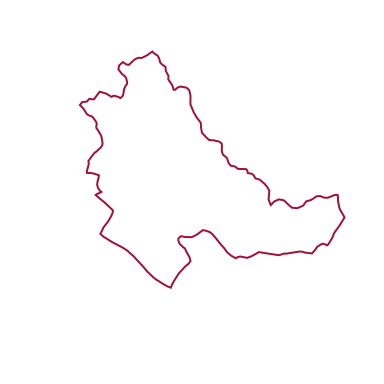 the district of Al-Amadiya, Dihok, Iraq, rotated 35°
{"feature_id": "34846034B75127748114443", "entity_name": "Al-Amadiya", "entity_type": "district", "adm_level": 2, "iso_a3": "IRQ", "parent_name": "Iraq", "parent_adm1": "Dihok", "projection": "albers", "projection_center": [43.505, 37.091], "detail": "fine", "context": "isolated", "style": "outline", "palette": "rose", "viewbox_px": 384, "rotation_deg": 35, "n_neighbors": 0, "source": "geoboundaries", "source_scale": "gbopen_adm2", "svg_char_len": 3227}
<svg xmlns="http://www.w3.org/2000/svg" viewBox="0 0 384 384"><g transform="rotate(35 192 192)"><path d="M79.0,99.7L77.8,102.8L77.0,105.2L75.5,108.3L73.7,111.3L71.6,112.4L70.5,113.6L69.0,116.4L68.3,119.5L67.8,121.9L67.4,124.0L66.3,124.6L65.0,125.2L60.9,125.2L59.7,130.1L61.2,133.6L65.1,135.0L67.0,135.4L71.2,135.8L72.8,136.6L74.5,138.0L76.2,139.6L76.8,140.8L76.8,141.8L76.7,142.7L76.8,144.1L77.4,146.7L78.8,149.6L80.1,152.6L79.9,154.7L79.4,156.3L77.4,156.3L75.5,156.9L73.5,157.5L72.2,158.6L71.6,160.2L65.3,160.6L61.7,161.8L58.9,162.7L58.7,165.5L58.6,169.2L58.6,172.2L57.1,173.3L54.5,174.5L54.0,178.2L51.8,180.2L50.4,181.6L50.4,184.1L50.3,185.1L52.1,185.3L55.4,186.1L57.4,186.9L61.3,188.5L63.2,188.5L66.0,187.7L67.1,187.5L68.8,187.9L72.0,189.1L73.5,189.7L75.1,191.1L76.0,193.3L77.0,194.4L79.6,195.4L84.2,197.4L86.1,198.6L88.7,201.2L90.7,203.3L91.7,205.3L91.7,208.5L91.0,211.0L90.6,213.4L89.8,215.5L89.6,217.1L89.6,218.1L89.4,220.4L89.4,222.4L89.4,224.0L89.4,226.1L91.3,228.1L91.9,229.7L92.5,231.1L93.3,233.6L94.3,236.0L95.0,236.6L99.5,233.8L102.6,232.7L104.0,232.3L106.2,231.7L107.5,234.4L108.7,237.8L110.3,240.7L111.4,241.5L112.5,242.3L113.4,242.9L115.6,243.7L117.7,243.9L116.4,246.5L115.4,247.8L114.8,249.7L121.5,250.4L126.4,250.7L137.7,252.4L138.8,254.2L139.6,258.1L140.2,264.3L139.8,272.4L140.2,273.9L140.6,276.4L141.0,278.9L144.9,279.4L148.0,279.2L148.9,279.1L154.8,278.9L166.3,277.4L172.2,277.1L178.3,277.9L179.9,277.9L187.6,279.6L195.5,281.3L200.9,282.8L208.4,284.0L208.5,284.0L212.7,284.3L218.1,284.0L222.6,283.8L226.6,283.3L229.1,282.6L229.4,282.5L229.5,282.5L228.5,277.8L228.1,271.6L228.0,267.6L227.9,266.0L228.5,261.8L229.1,257.1L230.4,252.4L230.4,249.4L227.1,246.7L221.9,244.3L218.6,242.3L216.6,242.3L213.0,241.8L211.1,241.3L208.7,239.6L207.5,237.9L208.1,234.9L209.5,233.9L212.4,232.7L217.6,229.2L219.5,226.0L220.9,222.8L222.7,217.1L225.8,215.6L230.1,214.6L233.1,214.9L238.6,216.3L245.3,218.3L250.3,219.5L255.4,221.2L260.7,221.7L266.0,221.2L266.8,218.9L268.8,217.0L272.3,215.5L275.1,214.2L278.0,209.8L281.3,202.8L286.6,200.3L297.5,194.9L299.8,193.6L303.1,189.2L304.3,188.7L310.8,182.4L314.1,179.2L316.5,177.7L319.6,176.7L325.5,173.5L326.1,169.0L326.0,165.1L327.4,161.6L328.6,159.4L331.3,158.4L333.1,158.4L333.7,156.6L333.2,149.2L332.8,147.0L332.0,144.3L332.1,133.9L331.5,125.3L323.2,121.4L321.2,119.9L317.1,116.0L314.9,113.0L312.9,110.8L310.6,112.6L306.5,118.8L303.6,120.8L299.3,121.8L296.3,124.3L295.4,127.2L293.8,130.7L290.9,134.2L290.9,139.3L287.6,144.8L282.9,147.5L278.2,147.1L272.1,146.1L267.5,148.1L264.8,152.5L264.0,157.5L261.7,156.0L259.1,154.3L254.6,146.6L252.8,145.7L250.6,144.7L246.7,143.7L240.4,143.0L236.1,144.5L232.7,142.8L230.4,142.8L226.8,144.5L224.7,142.5L223.1,142.3L216.4,146.7L212.3,146.5L208.9,148.2L205.8,147.5L201.1,144.1L195.8,143.6L192.8,141.3L189.9,136.7L188.3,135.2L185.1,135.2L182.7,136.2L179.8,137.4L176.3,139.6L172.4,139.1L166.1,137.7L162.6,134.2L159.4,130.2L153.7,128.5L147.8,125.8L140.4,121.1L135.5,113.9L131.3,110.2L127.6,109.7L122.1,112.2L120.3,114.7L119.5,117.9L118.4,118.8L114.6,115.9L111.3,114.6L108.0,113.4L106.2,110.4L103.7,109.2L100.9,107.7L98.6,104.7L94.1,104.7L91.7,104.2L88.2,101.2L85.4,100.0L81.5,100.2L79.0,99.7Z" fill="none" stroke="#9f1239" stroke-width="2"/></g></svg>